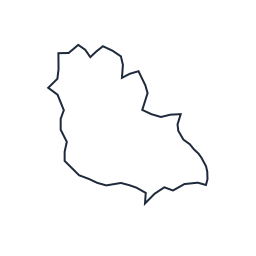 the district of Peristerona Lefkosias, Nicosia, Cyprus, rotated 115°
{"feature_id": "46923920B8604631977543", "entity_name": "Peristerona Lefkosias", "entity_type": "district", "adm_level": 2, "iso_a3": "CYP", "parent_name": "Cyprus", "parent_adm1": "Nicosia", "projection": "mercator", "projection_center": [33.074, 35.132], "detail": "fine", "context": "isolated", "style": "outline", "palette": "slate", "viewbox_px": 256, "rotation_deg": 115, "n_neighbors": 0, "source": "geoboundaries", "source_scale": "gbopen_adm2", "svg_char_len": 799}
<svg xmlns="http://www.w3.org/2000/svg" viewBox="0 0 256 256"><g transform="rotate(115 128 128)"><path d="M189.2,80.7L176.3,76.1L166.4,70.0L165.6,60.8L155.0,53.2L148.1,41.7L146.7,33.3L140.9,34.3L134.1,37.7L129.7,41.1L123.9,48.9L121.4,53.3L119.5,59.2L116.6,65.1L115.1,72.9L109.3,81.2L103.9,84.6L93.2,86.1L98.0,95.2L104.1,102.8L105.6,112.7L105.6,122.7L88.1,125.0L82.0,130.3L72.1,142.5L78.2,149.4L85.1,154.7L72.9,159.3L66.1,164.7L64.5,174.6L64.5,185.3L72.1,189.1L79.7,192.1L75.2,199.8L73.7,208.2L85.1,213.5L89.6,222.7L104.1,215.8L113.2,212.8L125.3,217.3L127.6,205.9L139.0,193.7L148.1,192.9L158.0,188.3L166.4,177.6L176.3,175.4L184.6,171.5L191.5,152.4L190.7,141.8L190.7,132.6L189.2,123.4L180.8,111.2L179.3,102.8L178.5,95.2L179.3,84.5L189.2,80.7Z" fill="none" stroke="#1e293b" stroke-width="2"/></g></svg>